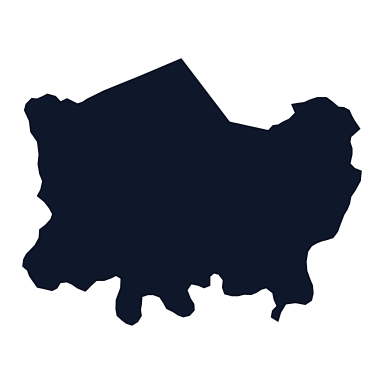 Ouro Verde, Santa Catarina, Brazil
{"feature_id": "56859067B85493452784852", "entity_name": "Ouro Verde", "entity_type": "district", "adm_level": 2, "iso_a3": "BRA", "parent_name": "Brazil", "parent_adm1": "Santa Catarina", "projection": "orthographic", "projection_center": [-52.278, -26.711], "detail": "fine", "context": "isolated", "style": "filled", "palette": "ink", "viewbox_px": 384, "rotation_deg": 0, "n_neighbors": 0, "source": "geoboundaries", "source_scale": "gbopen_adm2", "svg_char_len": 1942}
<svg xmlns="http://www.w3.org/2000/svg" viewBox="0 0 384 384"><path d="M24.7,110.2L29.6,120.8L31.0,131.9L37.7,141.5L39.3,154.4L38.3,164.1L39.9,173.6L42.9,181.1L41.0,189.8L37.7,195.9L44.5,201.4L49.6,208.0L52.9,214.1L51.0,219.5L45.7,225.3L39.9,229.7L39.4,237.8L35.2,245.5L31.1,249.8L26.7,254.2L23.9,259.5L23.0,266.2L27.6,270.0L29.7,275.7L33.3,281.1L37.5,287.0L44.2,288.4L52.1,290.3L56.8,287.9L60.1,282.4L66.8,281.6L71.9,283.8L77.9,287.9L85.3,290.9L91.7,284.4L96.4,280.2L104.1,280.2L111.2,277.6L115.9,275.1L121.3,278.2L120.9,288.1L116.5,299.9L116.2,308.9L117.3,315.4L121.7,319.4L126.2,322.9L132.0,324.9L137.5,321.5L141.1,315.6L140.2,310.1L141.1,304.3L141.7,296.4L147.8,294.4L153.3,294.4L159.9,296.8L163.8,302.7L166.8,308.3L173.2,311.4L178.3,314.8L183.4,316.6L189.4,315.1L194.0,310.1L193.6,304.2L190.1,298.7L186.7,290.0L191.2,283.5L198.4,285.1L204.1,287.5L209.6,285.3L209.6,276.4L213.8,272.7L219.0,274.1L223.5,280.0L222.7,287.5L224.9,293.7L232.0,295.5L238.1,295.5L244.1,294.0L251.0,294.3L256.3,292.2L261.0,289.1L266.3,287.5L273.0,292.7L274.3,299.4L277.3,306.1L272.7,311.0L271.6,317.0L277.9,320.9L280.4,312.3L285.6,303.7L295.6,302.4L305.3,304.2L311.3,300.2L312.9,293.3L312.2,285.4L309.7,279.5L306.6,270.9L305.9,261.5L307.5,251.4L311.4,245.7L316.1,242.9L321.3,240.8L327.1,239.3L332.9,237.4L337.3,231.5L340.7,222.2L343.7,214.5L346.8,209.5L349.3,203.6L350.6,196.5L355.0,190.0L360.1,180.7L361.0,171.2L354.5,168.7L349.7,163.7L351.8,154.2L351.8,148.5L349.7,142.1L350.6,136.6L359.5,128.7L354.5,121.4L351.5,116.1L349.0,110.5L343.8,107.8L338.3,107.4L332.5,102.4L326.3,97.8L317.3,97.8L309.8,100.3L304.3,102.8L297.6,103.7L292.1,104.6L295.7,113.0L289.3,119.4L283.2,122.2L278.6,125.1L273.0,125.9L268.5,130.9L229.3,122.3L181.1,59.1L139.6,76.7L125.0,82.6L104.5,90.9L87.4,99.3L82.7,102.4L77.5,104.2L72.5,101.8L67.0,99.0L60.5,102.2L55.3,96.6L47.3,94.4L42.6,96.9L37.0,99.3L31.8,98.7L26.3,104.3L24.7,110.2Z" fill="#0f172a" stroke="#020617" stroke-width="1.5"/></svg>